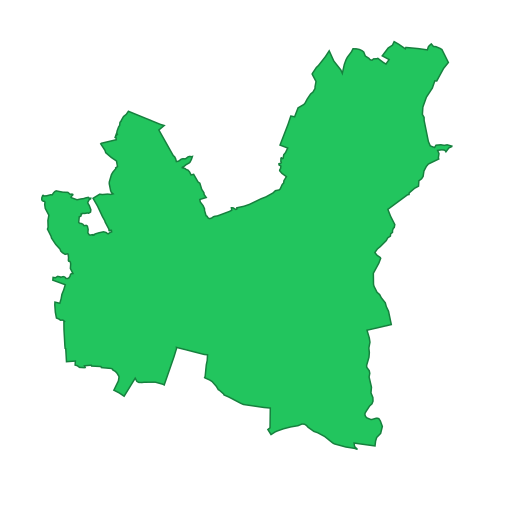 Benesat, Salaj, Romania, rotated 85°
{"feature_id": "2599482B99143451479109", "entity_name": "Benesat", "entity_type": "district", "adm_level": 2, "iso_a3": "ROU", "parent_name": "Romania", "parent_adm1": "Salaj", "projection": "mercator", "projection_center": [23.261, 47.406], "detail": "fine", "context": "isolated", "style": "filled", "palette": "green", "viewbox_px": 512, "rotation_deg": 85, "n_neighbors": 0, "source": "geoboundaries", "source_scale": "gbopen_adm2", "svg_char_len": 6064}
<svg xmlns="http://www.w3.org/2000/svg" viewBox="0 0 512 512"><g transform="rotate(85 256 256)"><path d="M130.7,400.9L137.7,397.2L140.0,396.7L145.2,391.6L149.2,386.7L154.9,386.2L155.9,388.1L156.7,388.0L159.9,391.2L162.3,392.9L169.5,395.7L171.3,395.9L178.3,395.1L180.1,394.5L181.6,393.0L182.0,395.3L181.4,398.4L181.4,403.7L180.8,406.3L184.3,413.3L192.5,409.5L203.4,405.5L207.6,403.6L209.1,403.3L216.4,400.2L217.9,400.2L218.1,400.0L217.7,398.8L217.8,397.8L219.4,397.7L219.7,398.9L221.0,401.3L220.6,402.2L219.5,403.3L218.6,405.8L219.2,410.5L219.9,413.8L220.2,414.8L221.1,415.6L221.1,416.6L220.5,416.6L220.7,419.5L220.4,420.3L218.2,421.5L214.9,420.9L211.5,421.4L210.7,422.4L210.8,424.7L209.2,425.8L208.2,427.6L208.2,428.6L207.1,429.7L201.7,428.7L201.4,428.6L201.4,428.0L200.8,426.8L198.9,426.5L199.1,426.0L198.4,425.4L198.7,422.8L198.4,420.3L198.8,419.0L197.8,417.0L195.6,416.5L191.2,417.7L189.0,418.8L187.8,418.9L185.3,417.2L184.6,415.7L184.0,415.6L184.1,417.0L183.0,417.8L183.0,418.3L183.3,420.7L183.8,422.7L183.9,425.4L184.4,429.4L181.8,434.9L181.4,435.2L180.4,434.6L179.1,433.1L178.7,433.2L178.6,433.8L178.3,433.9L178.3,435.8L176.2,437.9L175.6,442.8L173.7,449.4L174.2,450.7L175.4,452.1L177.3,453.7L177.1,455.3L177.8,459.4L177.7,462.2L177.1,462.5L177.1,463.2L179.4,464.3L181.1,464.5L182.1,464.2L182.9,463.1L183.1,462.0L184.1,461.5L186.2,462.0L190.2,461.8L197.3,458.8L202.4,460.2L209.3,460.6L211.0,461.4L218.6,458.4L220.2,458.2L227.0,454.5L232.1,450.6L234.0,450.1L235.9,448.5L237.7,446.0L237.4,443.4L237.9,443.0L241.3,442.9L244.0,443.3L244.8,443.1L245.0,442.1L246.0,441.5L247.7,441.3L252.3,442.0L257.5,439.9L257.6,441.4L258.0,442.3L260.2,443.1L261.7,444.6L262.0,445.5L261.8,447.4L260.8,447.8L259.8,449.3L259.8,450.7L260.3,452.4L259.7,452.9L259.0,455.4L260.2,457.7L259.6,460.0L262.4,460.5L268.0,448.5L273.0,450.5L277.3,452.7L281.8,453.9L286.0,455.6L284.4,460.3L287.2,460.7L294.5,460.8L300.4,460.2L301.5,458.0L302.9,456.4L303.0,454.1L303.6,453.2L304.6,452.5L304.8,453.1L312.6,453.7L328.3,454.2L331.4,454.2L331.8,453.6L344.8,454.0L344.9,445.1L348.9,445.7L349.7,443.6L351.6,441.5L352.3,436.7L352.2,435.9L350.4,436.5L350.4,429.7L351.3,429.4L352.6,420.1L353.7,419.7L355.4,410.1L356.2,408.8L357.0,408.6L358.7,406.2L360.6,404.7L364.1,403.0L365.0,403.1L368.5,404.0L377.3,409.3L380.4,404.3L384.2,399.6L367.2,387.0L370.5,385.6L371.7,383.9L372.1,380.6L372.0,378.6L372.9,367.3L375.7,359.8L376.5,358.7L349.5,346.6L340.9,343.1L340.1,343.2L349.6,316.1L350.2,312.9L355.8,313.7L360.1,315.0L371.8,317.2L372.5,317.8L372.9,317.6L375.5,312.9L377.3,310.6L382.5,306.8L385.9,305.2L386.6,304.1L390.7,300.2L391.6,300.0L394.0,295.6L401.3,284.2L402.8,281.5L407.6,261.3L408.7,255.0L428.4,257.0L429.9,259.3L435.2,256.6L432.9,252.2L432.1,249.8L430.5,243.6L429.3,236.3L428.7,228.9L427.4,224.9L427.6,223.4L427.8,222.3L429.2,220.5L431.1,219.1L435.8,213.6L437.4,210.0L441.8,203.3L449.0,195.8L450.0,194.3L454.1,183.2L456.2,174.6L457.5,171.8L454.4,174.4L450.9,174.6L455.6,154.0L450.8,153.0L447.3,151.6L443.6,147.3L436.8,145.0L431.2,146.5L428.7,147.8L428.2,149.2L428.1,150.5L429.0,154.9L428.8,156.1L426.9,159.7L425.5,160.8L423.9,161.3L422.4,161.2L420.8,160.2L415.2,155.8L413.4,153.4L410.8,152.1L407.2,151.9L402.3,153.4L396.8,152.4L386.4,153.9L382.8,152.9L380.1,153.2L376.5,155.4L374.5,155.3L366.7,152.3L362.1,151.5L357.5,151.6L351.8,150.0L347.4,150.3L339.6,151.9L336.1,127.2L322.6,128.8L317.8,130.6L313.9,131.3L308.4,134.9L305.2,136.2L302.7,138.6L296.4,141.1L294.4,141.4L283.4,140.6L273.9,134.3L269.2,132.0L268.3,132.4L265.8,135.4L262.9,137.3L259.5,134.4L257.3,131.2L252.0,124.9L249.4,123.2L247.9,120.4L245.6,119.9L244.4,118.0L242.2,117.7L240.3,116.7L239.7,115.8L236.8,115.0L228.1,118.5L221.0,120.6L208.2,99.7L208.1,98.2L206.5,97.9L202.4,92.2L200.6,88.0L195.3,87.2L193.5,84.3L191.3,82.6L186.0,81.3L181.6,78.5L179.4,76.3L175.3,65.5L174.1,65.8L170.0,64.8L166.6,65.9L166.4,61.7L166.9,59.2L167.8,58.1L168.7,57.7L165.1,54.4L164.1,51.5L163.6,51.3L161.9,55.9L162.2,58.8L161.3,62.2L161.3,67.0L163.5,68.7L161.5,72.8L157.0,74.3L135.7,76.7L132.5,76.5L129.5,77.9L122.2,76.8L112.6,72.4L104.1,65.7L97.1,62.6L97.4,60.7L85.5,52.8L80.0,47.5L66.5,52.8L65.2,54.6L63.1,58.6L62.8,60.9L60.0,62.9L61.5,65.0L62.7,66.1L65.6,67.3L63.5,76.4L61.3,88.5L62.6,89.2L57.4,95.5L54.5,99.7L57.9,101.7L60.3,106.2L67.6,112.8L71.9,106.3L76.1,109.8L74.3,112.3L69.7,117.4L70.0,118.4L69.9,121.8L70.9,123.0L70.9,124.0L70.3,125.4L69.0,126.2L66.3,129.7L62.2,130.9L60.7,132.5L59.3,134.9L58.4,137.9L58.0,141.3L60.9,143.1L66.0,147.7L68.5,149.3L72.8,151.3L81.6,154.1L78.0,155.3L68.6,161.5L58.0,165.2L63.6,169.6L71.7,177.2L73.4,179.4L79.3,184.1L79.7,184.2L87.4,181.0L92.8,182.5L94.1,182.5L97.6,184.9L99.4,187.5L104.0,191.2L108.1,193.9L109.2,195.1L112.1,201.2L120.7,205.4L119.6,209.1L127.4,212.5L147.6,222.4L151.2,215.0L155.6,217.6L157.5,219.5L161.1,220.5L161.3,221.1L160.4,222.1L160.7,222.6L164.0,223.0L164.7,222.6L165.5,223.0L165.9,223.5L166.0,224.9L166.2,225.2L167.5,225.0L168.3,223.5L168.7,223.4L171.0,223.9L172.0,224.7L173.1,225.0L175.9,223.0L179.6,218.8L183.4,221.6L185.7,222.1L187.0,223.6L191.4,226.1L192.2,227.3L192.6,231.0L194.7,233.6L198.0,241.0L199.4,245.9L204.0,258.0L205.4,263.6L206.3,270.9L207.4,270.9L207.9,272.0L206.0,274.7L205.8,276.3L208.3,276.2L209.3,278.6L212.7,290.9L212.9,293.8L213.2,295.0L214.4,297.0L214.7,299.1L214.5,299.6L213.9,300.4L212.0,301.4L211.6,302.2L206.2,303.3L204.4,303.2L201.3,304.3L197.3,306.8L194.8,307.1L193.4,300.5L190.3,302.3L188.4,302.4L184.8,304.3L178.6,305.6L177.2,307.3L169.2,311.0L169.6,313.6L166.4,314.9L164.6,316.2L163.7,318.1L162.7,319.0L161.6,321.8L161.2,321.7L160.6,320.1L159.0,317.8L157.5,314.5L156.8,313.6L154.1,311.9L151.3,310.7L151.5,312.0L151.0,313.1L151.3,315.0L152.9,317.5L153.0,319.1L152.7,320.1L153.0,322.0L154.8,324.9L155.0,327.1L152.1,327.6L149.9,328.5L148.9,329.6L147.0,330.5L122.0,341.8L118.0,336.1L116.5,339.9L100.7,370.5L103.6,372.9L105.5,375.8L109.5,378.6L110.0,378.6L110.9,379.8L114.1,380.5L115.4,381.6L119.2,383.4L121.7,384.1L122.7,383.5L123.7,384.6L123.1,384.9L125.6,386.0L125.8,385.2L128.0,385.1L130.2,400.2L130.7,400.9Z" fill="#22c55e" stroke="#15803d" stroke-width="1.5"/></g></svg>